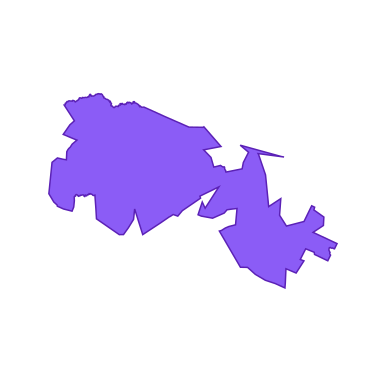 Canelas, Durango, Mexico (orthographic projection), rotated 26°
{"feature_id": "50627088B77735288165812", "entity_name": "Canelas", "entity_type": "district", "adm_level": 2, "iso_a3": "MEX", "parent_name": "Mexico", "parent_adm1": "Durango", "projection": "orthographic", "projection_center": [-106.573, 25.072], "detail": "fine", "context": "isolated", "style": "filled", "palette": "violet", "viewbox_px": 384, "rotation_deg": 26, "n_neighbors": 0, "source": "geoboundaries", "source_scale": "gbopen_adm2", "svg_char_len": 5560}
<svg xmlns="http://www.w3.org/2000/svg" viewBox="0 0 384 384"><g transform="rotate(26 192 192)"><path d="M83.9,263.6L92.6,261.8L92.3,257.4L90.1,251.4L88.3,248.1L88.4,247.4L88.8,247.2L88.8,246.9L89.1,246.6L89.0,246.2L88.7,246.0L88.8,245.5L89.0,245.1L89.4,244.9L90.3,245.0L90.8,245.2L91.3,245.1L91.6,245.3L91.7,245.6L91.9,245.6L92.0,245.4L92.2,245.1L92.5,245.0L92.9,244.7L93.0,243.9L93.4,243.9L93.9,243.4L94.2,243.2L95.2,242.4L95.9,242.3L96.4,242.5L96.6,242.9L96.9,243.1L97.4,243.2L97.7,243.0L97.7,242.8L97.7,242.2L97.5,241.9L97.4,241.6L97.5,241.5L97.8,241.5L98.9,241.7L99.0,241.6L99.1,241.1L99.2,240.8L99.2,240.4L99.2,240.2L99.4,240.1L99.7,240.0L100.1,239.9L100.2,239.7L100.3,239.4L100.2,238.8L100.2,238.7L100.4,238.7L100.9,238.9L101.0,238.8L101.0,238.7L101.1,238.4L101.3,238.4L101.3,238.1L101.5,238.1L102.1,238.1L102.4,238.0L103.1,238.0L103.7,238.1L104.0,238.3L104.5,238.4L105.1,238.3L105.3,238.2L106.1,237.4L112.8,248.9L117.9,258.0L145.3,262.2L149.1,260.3L150.5,252.1L151.5,242.3L147.9,232.4L166.4,251.9L177.3,233.5L182.5,224.3L183.3,223.3L184.9,220.5L189.8,219.9L191.5,213.0L202.4,193.8L200.9,192.3L213.9,175.6L210.9,200.8L205.6,196.5L207.4,209.8L210.9,209.6L222.0,206.5L230.2,196.8L231.3,192.6L235.3,189.9L239.7,187.1L245.5,202.4L240.2,206.9L237.7,209.8L235.3,213.7L233.7,215.1L268.5,238.4L275.0,235.4L285.1,238.3L296.6,239.2L306.9,237.8L317.6,237.5L315.9,233.2L310.1,219.8L321.1,219.2L322.8,204.8L318.9,205.2L319.1,193.2L328.3,192.6L329.5,194.4L344.2,194.3L344.2,188.0L343.9,187.9L343.7,187.7L343.2,187.4L342.8,187.0L342.5,186.4L342.6,185.9L342.0,185.4L341.7,185.1L340.9,184.6L340.4,184.0L340.1,183.0L340.0,182.7L339.9,181.8L340.4,181.4L340.7,181.2L340.9,181.3L341.2,181.4L341.5,181.4L342.3,181.2L342.9,180.7L343.1,180.6L343.4,180.7L343.6,180.8L343.9,180.8L344.7,180.7L345.0,180.6L345.0,174.8L318.5,175.2L324.8,164.5L321.5,156.7L309.4,154.7L308.9,151.9L305.6,151.9L305.6,169.4L291.8,181.2L280.9,174.5L274.7,159.0L267.3,171.5L250.6,144.4L235.2,128.9L234.6,128.5L259.4,120.2L256.5,121.0L214.8,128.8L225.4,131.5L225.2,143.0L226.9,149.2L213.8,159.2L213.4,158.9L212.9,158.0L212.7,157.8L212.0,157.6L211.7,157.3L211.1,156.7L210.5,155.6L210.3,155.4L210.1,155.3L209.8,155.3L209.2,155.8L208.3,155.9L207.5,155.9L206.9,155.7L206.4,155.7L206.0,155.6L202.2,158.8L200.6,160.0L193.9,152.6L184.0,149.0L198.1,138.4L174.1,128.2L173.8,128.9L160.9,135.0L134.2,136.1L112.8,136.7L112.6,136.8L112.4,136.8L111.8,136.7L111.5,136.9L111.1,137.0L110.9,137.2L110.5,137.4L110.3,137.5L109.8,137.8L109.5,137.9L108.9,137.7L108.4,137.6L108.1,137.7L108.0,137.9L107.9,137.9L107.8,138.1L107.7,138.0L107.2,137.9L106.6,137.7L106.4,137.5L106.5,137.4L106.3,137.4L106.2,137.3L105.9,137.2L105.7,137.0L105.6,136.9L105.4,137.0L105.0,136.9L104.8,136.9L103.3,136.6L102.9,136.7L102.3,136.8L101.8,136.8L101.6,136.8L101.5,137.0L101.1,137.0L100.8,136.8L100.8,136.4L100.8,136.2L100.5,136.1L100.2,136.2L100.1,136.3L99.9,136.4L99.8,136.8L99.6,136.9L99.6,137.2L100.1,137.8L100.0,138.3L99.7,138.6L99.3,138.7L99.3,138.8L99.3,139.0L99.1,139.3L98.9,139.2L98.5,138.7L98.1,138.8L97.2,138.7L96.7,138.8L96.7,139.0L96.3,139.2L96.0,139.1L95.8,139.6L95.6,139.9L95.2,139.9L94.8,139.6L94.7,139.6L94.3,140.2L94.3,140.5L94.3,141.2L94.4,141.6L94.3,141.9L94.0,142.1L93.3,142.1L93.2,142.2L93.2,142.3L93.3,142.7L93.3,142.9L93.0,143.0L92.6,143.0L91.7,143.3L91.2,143.3L90.7,143.0L90.5,143.3L90.6,143.6L90.5,143.8L90.4,143.9L90.2,143.9L89.9,143.6L89.7,143.5L89.2,143.8L88.7,144.1L88.8,144.3L88.9,144.6L89.5,145.0L89.4,145.3L89.1,145.3L88.3,146.1L88.1,146.2L88.0,146.4L88.1,146.7L88.4,147.2L88.4,147.4L88.0,147.7L87.7,147.7L87.4,147.7L87.2,147.8L86.1,148.2L85.7,148.5L85.5,148.8L85.5,149.0L85.5,149.7L85.0,150.3L84.6,150.4L84.4,150.4L83.5,150.1L83.2,149.9L82.7,149.7L82.3,149.8L81.9,150.0L81.6,150.0L81.3,149.9L81.2,149.7L80.9,149.1L80.9,148.7L81.0,148.5L81.0,148.1L80.8,147.8L80.2,147.5L79.7,147.4L79.1,147.5L78.9,147.3L79.0,146.9L79.2,146.7L78.9,146.4L78.6,146.3L78.3,146.2L78.2,146.3L77.8,146.6L77.6,146.6L77.4,146.5L77.2,146.2L76.9,146.0L76.7,146.0L75.2,145.9L74.8,146.1L74.4,146.2L73.6,146.1L72.6,145.9L72.3,145.9L71.8,146.0L71.3,146.0L71.2,145.9L71.2,145.5L71.1,145.2L70.9,145.0L70.4,144.9L70.2,144.9L69.7,144.7L69.2,144.2L68.8,143.9L68.1,143.7L67.7,143.6L67.3,143.6L67.0,143.8L66.9,144.2L65.8,144.3L65.6,144.6L65.4,144.7L64.9,144.6L64.4,144.9L63.9,145.5L63.8,145.9L63.3,146.1L63.0,146.2L62.7,146.5L62.5,147.6L62.1,147.9L61.9,148.4L61.4,149.0L61.1,149.1L60.8,149.3L60.2,149.4L59.8,149.5L59.6,149.9L59.5,150.0L59.4,150.0L58.7,149.8L58.3,149.7L58.2,149.5L58.3,149.3L58.4,149.0L58.3,148.9L58.2,148.8L57.9,148.8L57.6,148.9L57.5,149.0L57.3,150.3L57.3,150.6L57.5,151.2L57.6,151.6L56.8,152.0L56.6,152.3L56.7,152.5L56.3,152.9L56.0,153.2L54.6,153.7L53.7,154.5L53.0,154.8L52.4,154.9L52.0,155.1L52.0,156.0L51.7,156.2L51.4,156.3L50.5,156.3L49.9,156.5L49.6,156.8L49.5,157.4L49.7,157.6L49.7,158.1L49.4,158.8L49.3,159.3L49.2,159.6L48.8,160.0L48.8,160.3L48.6,160.5L48.2,161.1L47.9,161.5L47.9,161.9L47.6,162.2L47.4,162.2L46.9,162.0L46.4,161.7L45.7,161.7L45.2,161.8L44.7,161.9L44.5,162.3L44.5,162.8L44.4,162.8L42.6,163.6L41.6,163.9L41.3,164.1L41.2,164.3L41.1,164.5L40.9,165.3L40.6,165.4L40.4,165.3L40.2,165.3L40.0,165.5L40.0,165.8L39.9,166.2L39.8,166.7L39.8,166.9L39.8,167.1L39.8,167.5L39.7,167.6L39.3,167.8L39.3,168.1L39.4,168.3L39.7,169.0L39.8,169.1L39.6,169.5L39.0,169.9L55.1,179.6L52.8,185.1L51.0,196.7L61.7,196.1L65.8,195.8L63.3,201.6L62.9,205.1L62.2,206.8L61.9,208.3L61.8,210.7L65.0,218.1L61.7,219.1L56.1,220.4L53.2,226.7L64.1,256.3L72.2,261.6L76.4,262.8L77.2,263.8L83.9,263.6Z" fill="#8b5cf6" stroke="#5b21b6" stroke-width="1.5"/></g></svg>